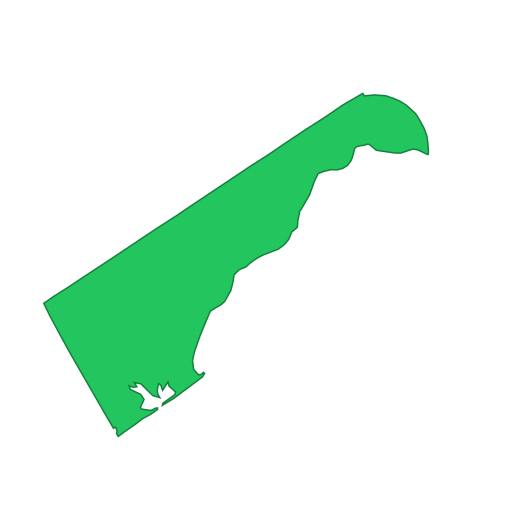 Delaware, Mercator projection, rotated 60°
{"feature_id": "USA-3555", "entity_name": "Delaware", "entity_type": "State", "adm_level": 1, "iso_a3": "USA", "parent_name": "United States of America", "parent_adm1": "", "projection": "mercator", "projection_center": [-75.371, 39.146], "detail": "fine", "context": "isolated", "style": "filled", "palette": "green", "viewbox_px": 512, "rotation_deg": 60, "n_neighbors": 0, "source": "natural_earth", "source_scale": "10m", "svg_char_len": 1992}
<svg xmlns="http://www.w3.org/2000/svg" viewBox="0 0 512 512"><g transform="rotate(60 256 256)"><path d="M340.1,465.5L339.0,464.5L337.6,463.7L335.9,463.4L333.8,463.4L334.0,465.6L328.2,465.6L315.5,465.7L297.2,465.6L278.9,465.6L260.6,465.6L242.3,465.5L223.3,465.0L205.8,464.5L190.9,463.5L189.8,451.2L189.2,435.3L187.9,415.2L186.6,392.2L185.2,370.2L183.8,349.0L182.4,327.1L181.3,304.4L179.7,282.5L178.3,260.2L176.8,237.0L175.4,215.9L174.4,193.7L172.8,172.7L171.3,149.6L170.3,127.1L168.6,104.7L168.6,82.2L169.5,82.2L171.3,82.2L171.7,81.8L175.7,72.9L182.1,63.5L188.9,57.6L194.6,53.5L200.6,50.4L205.8,48.7L212.6,46.6L219.2,46.3L229.5,46.6L237.6,48.0L243.4,50.4L248.9,53.0L252.4,54.8L253.9,56.0L254.1,56.1L253.3,57.1L245.0,62.8L241.8,66.7L239.3,79.0L236.2,84.3L225.6,97.7L224.4,99.0L216.0,102.1L214.7,104.1L214.0,107.4L212.6,110.8L211.7,114.1L212.2,116.7L219.0,123.5L221.0,126.2L223.3,131.6L223.5,137.1L222.0,142.6L218.7,148.0L216.7,154.7L215.7,160.9L220.2,167.7L224.0,172.2L229.8,179.0L238.5,194.1L239.1,196.0L240.5,196.8L245.9,201.8L251.8,205.8L253.1,213.0L258.0,219.4L260.3,225.7L261.2,233.2L258.7,249.1L258.4,255.2L258.8,261.7L259.4,265.7L260.4,270.1L259.5,277.5L261.3,284.4L267.1,289.0L273.3,295.1L279.8,306.0L280.7,310.8L280.7,316.4L280.9,323.0L284.1,327.4L296.4,343.5L307.8,356.8L314.7,363.2L323.1,366.7L330.3,365.1L331.2,362.2L330.4,359.8L332.0,359.2L333.9,362.7L338.2,398.2L338.5,411.8L336.9,410.1L335.5,395.7L333.4,393.6L325.3,396.4L321.1,395.2L325.6,404.0L322.3,403.5L321.0,403.0L319.5,403.2L319.2,403.6L318.5,403.7L317.7,404.0L320.3,406.5L323.1,408.7L326.5,410.1L330.6,410.1L325.2,415.2L309.1,419.6L304.9,424.6L309.7,424.6L308.8,426.8L307.6,428.6L306.3,429.9L304.9,430.8L308.7,431.6L318.0,425.1L324.1,424.6L325.6,426.4L327.5,429.4L329.5,431.9L331.3,431.7L336.1,425.7L337.4,423.6L337.5,419.2L338.4,417.2L339.6,417.9L339.9,420.1L340.4,425.6L340.2,435.8L341.3,443.5L342.0,452.0L342.6,458.9L343.4,465.5L340.2,465.6L340.1,465.5Z" fill="#22c55e" stroke="#15803d" stroke-width="1.5"/></g></svg>